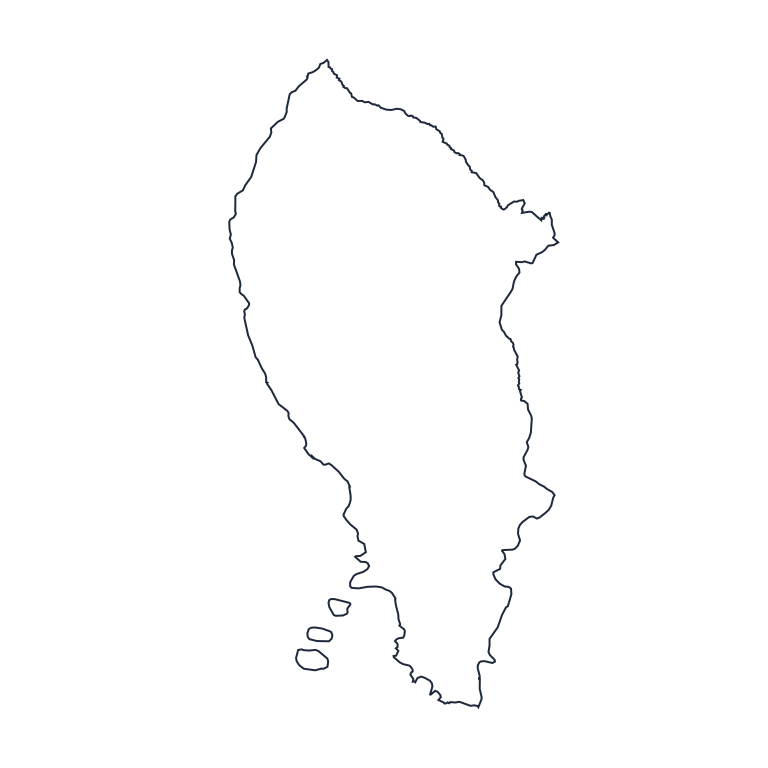 Lombok Utara, Nusa Tenggara Barat, Indonesia (Robinson projection), rotated 286°
{"feature_id": "22746128B90862663975631", "entity_name": "Lombok Utara", "entity_type": "district", "adm_level": 2, "iso_a3": "IDN", "parent_name": "Indonesia", "parent_adm1": "Nusa Tenggara Barat", "projection": "robinson", "projection_center": [116.286, -8.345], "detail": "fine", "context": "isolated", "style": "outline", "palette": "slate", "viewbox_px": 768, "rotation_deg": 286, "n_neighbors": 0, "source": "geoboundaries", "source_scale": "gbopen_adm2", "svg_char_len": 6145}
<svg xmlns="http://www.w3.org/2000/svg" viewBox="0 0 768 768"><g transform="rotate(286 384 384)"><path d="M482.8,477.8L491.5,475.3L508.7,480.9L511.2,481.3L518.5,480.7L523.7,481.5L528.5,483.5L531.9,482.1L535.4,477.9L537.9,477.3L539.1,483.0L540.6,485.4L540.5,492.2L541.2,493.5L550.3,494.9L554.1,499.4L556.9,501.5L562.3,503.9L564.3,508.8L568.1,512.4L571.2,506.2L574.4,507.0L576.3,506.2L583.3,501.4L588.3,500.0L590.9,497.8L594.2,496.1L594.2,495.4L592.3,494.2L592.1,493.0L590.9,493.6L590.6,492.0L589.1,491.6L588.2,492.2L587.7,491.2L586.9,491.9L586.2,490.5L586.6,489.8L584.7,490.0L590.1,478.6L589.7,476.2L586.5,469.4L589.3,469.4L589.9,468.3L590.8,468.2L596.5,469.5L599.2,467.2L597.3,463.2L595.9,461.6L595.2,458.6L590.0,453.9L587.8,453.4L585.2,451.7L584.6,450.6L585.1,448.9L585.4,448.1L586.8,447.5L586.5,446.4L587.2,445.5L589.0,445.2L590.2,443.5L592.0,442.9L594.2,439.8L598.5,436.3L600.0,432.3L602.1,429.8L602.7,425.7L605.3,424.7L607.0,423.0L608.3,419.3L612.2,414.4L611.7,409.9L613.1,409.6L613.9,407.8L616.7,406.4L617.3,404.9L620.3,401.4L621.9,400.9L624.9,398.0L625.4,396.1L624.9,393.5L626.0,393.2L626.4,391.8L625.8,390.3L626.2,388.0L627.8,386.7L628.3,383.6L629.2,383.5L629.8,381.8L630.7,381.6L631.2,380.7L631.5,378.8L632.4,378.1L633.0,373.6L636.1,373.6L636.7,372.4L640.2,370.6L641.0,368.7L642.3,367.9L643.3,364.1L645.7,362.7L644.9,360.4L645.7,358.1L645.4,356.9L646.6,355.7L645.9,354.4L646.4,351.2L645.9,346.8L646.8,346.2L648.7,341.7L648.3,338.7L649.4,337.8L649.5,335.8L648.6,335.1L648.4,333.1L649.9,330.2L652.0,328.1L652.7,324.4L652.2,320.7L649.4,315.4L648.4,310.7L648.7,304.8L650.4,301.8L649.7,300.7L650.3,298.0L649.7,296.2L650.9,291.4L649.5,287.8L650.1,285.1L648.8,280.6L651.1,275.8L651.1,274.1L654.3,272.3L654.3,271.4L658.1,266.9L657.8,265.1L658.4,263.1L659.4,263.3L659.9,261.9L662.9,259.6L663.7,256.9L665.2,257.0L665.5,254.1L667.8,253.8L668.5,250.3L669.9,249.4L670.4,247.9L672.3,247.4L672.5,245.7L673.5,244.9L673.5,243.3L678.1,241.9L679.8,239.9L676.0,237.4L674.1,234.6L670.1,234.2L667.0,232.2L664.1,229.5L661.5,225.6L659.2,225.8L658.5,225.2L657.4,226.1L655.4,225.8L646.8,220.1L641.5,218.0L639.1,215.0L636.6,213.5L622.0,214.5L618.7,215.5L612.9,215.0L611.1,214.3L606.9,209.8L598.5,204.8L594.7,206.4L590.2,206.1L576.7,200.2L568.9,198.3L562.3,199.8L546.4,199.3L537.0,195.9L531.3,195.0L526.3,190.4L523.5,189.4L509.0,193.4L506.7,194.7L502.8,193.7L499.6,190.8L497.0,190.6L489.7,193.1L485.5,195.6L481.2,195.7L477.5,198.9L473.3,201.1L470.6,201.0L467.4,201.9L461.7,205.8L457.5,206.8L442.7,217.4L439.2,218.8L436.4,218.8L432.4,220.0L431.0,222.3L430.4,224.6L424.5,232.0L423.0,232.5L420.8,232.1L418.1,230.9L417.2,229.7L415.5,229.6L412.1,231.2L409.2,231.4L393.3,240.0L384.6,246.9L374.4,253.2L372.5,256.1L365.5,262.1L361.1,267.0L357.9,268.9L353.3,270.2L353.1,271.5L352.6,271.1L351.7,271.8L347.2,277.3L335.6,288.2L331.5,298.6L329.6,300.4L326.9,300.9L324.1,302.8L321.8,308.0L311.6,321.8L311.2,321.6L310.2,323.1L305.5,325.7L303.1,326.0L300.5,324.9L296.0,330.4L293.4,335.5L294.7,335.0L293.0,338.3L292.2,344.3L289.9,347.9L290.0,349.4L292.4,352.8L291.6,355.7L287.1,364.8L281.9,372.0L280.3,375.8L275.9,379.6L275.4,379.0L268.4,382.3L263.9,383.8L260.8,384.0L256.5,383.6L253.8,382.1L247.1,381.1L245.6,382.0L242.9,385.4L239.8,390.2L236.4,397.9L233.1,400.2L230.1,400.6L226.3,402.7L224.8,409.1L217.3,412.9L212.2,408.6L210.7,404.4L209.9,403.9L206.7,410.6L207.8,415.4L207.2,417.9L204.8,419.9L201.4,419.0L197.8,416.0L193.6,409.8L191.1,407.8L184.1,406.1L180.3,407.2L179.1,409.0L180.5,415.8L184.6,424.3L187.2,432.4L187.9,438.0L186.9,442.2L186.6,446.5L185.3,449.3L180.9,454.3L180.0,454.0L174.7,456.4L166.4,461.2L161.9,462.8L157.5,465.8L156.0,465.4L153.6,471.2L151.9,472.2L147.7,472.8L145.5,472.4L143.8,468.4L142.0,466.4L139.8,465.4L138.4,468.0L137.2,468.9L134.6,469.5L133.2,468.3L131.4,471.4L126.2,470.5L125.2,468.2L124.1,468.7L120.8,475.8L120.0,479.7L120.3,486.0L119.1,488.3L117.2,490.3L115.5,490.8L114.1,489.6L111.9,489.5L108.5,493.6L105.8,493.7L106.5,495.2L105.9,496.2L110.6,497.3L113.0,500.4L112.7,504.6L111.4,510.1L109.4,512.6L106.7,513.9L98.3,513.9L98.3,514.5L103.1,517.7L102.9,520.3L100.6,523.8L98.5,524.9L95.2,523.4L94.3,529.1L93.5,530.2L94.4,532.1L95.4,532.8L95.1,534.8L96.5,535.4L97.5,540.4L99.3,544.1L98.5,556.0L100.0,559.3L100.3,562.6L99.3,563.8L107.6,564.6L109.8,564.2L117.4,560.0L127.0,557.4L126.8,556.6L127.5,556.3L128.8,556.8L129.8,556.4L136.7,552.4L139.5,551.7L142.8,552.4L144.0,553.6L145.3,557.0L145.7,565.1L147.8,567.2L149.4,566.3L152.7,560.4L155.3,558.3L161.9,557.5L168.1,555.7L181.5,560.4L194.4,561.1L202.9,562.8L204.5,564.3L217.1,564.4L222.3,562.5L223.4,559.6L222.6,555.9L224.0,550.2L227.1,544.9L231.2,541.6L233.1,541.0L238.3,546.6L241.7,545.9L249.3,548.9L253.7,546.7L256.1,543.5L257.0,543.7L260.2,553.2L261.8,555.3L265.3,557.2L271.1,557.9L277.0,554.1L282.1,553.0L286.0,553.5L289.5,555.2L296.3,560.3L297.7,563.7L296.8,568.1L298.6,570.4L305.0,575.0L308.7,577.1L313.2,578.3L321.3,578.0L324.2,578.6L326.6,575.3L327.9,569.7L329.4,566.4L330.5,560.8L332.2,556.7L334.1,545.6L335.0,544.3L336.8,543.6L344.5,543.0L349.8,538.9L352.1,538.4L360.6,540.2L363.3,540.1L367.4,537.3L372.0,538.4L377.6,538.6L391.6,535.6L394.1,534.2L399.2,529.5L404.5,527.5L406.2,523.7L406.0,520.3L407.7,519.7L409.1,520.3L414.8,516.6L416.0,517.1L416.3,515.1L418.5,514.4L419.5,513.1L421.8,513.9L422.9,513.1L426.0,512.6L426.8,511.5L428.8,512.1L431.8,509.9L434.3,510.1L439.0,505.7L439.9,506.6L441.0,506.6L444.1,505.3L447.3,504.9L453.0,499.4L454.8,498.7L455.5,497.7L457.5,497.7L459.0,496.6L460.2,494.4L462.0,493.3L462.1,491.9L464.2,487.8L467.1,485.0L468.6,482.4L475.1,478.1L482.8,477.8ZM96.6,407.6L101.7,406.9L104.5,405.2L109.3,394.4L109.5,391.4L107.1,385.4L106.0,379.9L106.3,378.4L104.7,374.8L96.4,375.0L93.4,376.5L90.3,380.1L88.2,385.4L89.8,396.7L93.4,402.7L93.4,404.0L94.1,405.0L96.6,407.6ZM128.1,403.7L130.9,401.8L131.4,399.8L131.9,391.6L130.9,384.6L129.6,381.1L127.6,379.2L122.8,379.1L119.7,380.6L118.2,382.6L118.4,390.3L121.5,402.0L124.8,403.9L128.1,403.7ZM164.1,410.9L163.6,395.5L162.6,392.3L161.1,390.9L158.3,391.0L154.4,393.0L148.1,399.4L147.9,401.6L150.2,408.4L153.0,411.7L154.2,412.0L158.0,410.6L162.6,412.4L163.6,412.1L164.1,410.9Z" fill="none" stroke="#1e293b" stroke-width="2"/></g></svg>